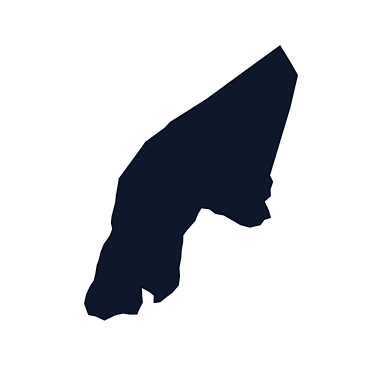 the district of Pirpirituba, Paraíba, Brazil, rotated 147°
{"feature_id": "56859067B65222656498348", "entity_name": "Pirpirituba", "entity_type": "district", "adm_level": 2, "iso_a3": "BRA", "parent_name": "Brazil", "parent_adm1": "Paraíba", "projection": "robinson", "projection_center": [-35.474, -6.788], "detail": "fine", "context": "isolated", "style": "filled", "palette": "ink", "viewbox_px": 384, "rotation_deg": 147, "n_neighbors": 0, "source": "geoboundaries", "source_scale": "gbopen_adm2", "svg_char_len": 1053}
<svg xmlns="http://www.w3.org/2000/svg" viewBox="0 0 384 384"><g transform="rotate(147 192 192)"><path d="M345.2,145.6L340.0,140.6L335.0,132.5L323.4,131.1L315.6,128.2L310.3,123.5L304.7,119.9L300.0,123.2L294.0,126.6L291.1,132.1L286.3,140.3L281.5,131.4L279.7,125.8L283.7,120.1L278.7,117.6L271.9,118.3L263.0,118.9L254.3,121.6L248.6,128.2L244.4,135.7L237.3,143.3L232.9,149.2L227.2,155.4L223.3,161.0L218.1,163.0L210.6,165.2L205.4,166.6L198.8,171.2L192.7,173.9L186.2,168.5L183.8,161.4L177.6,155.5L173.3,147.2L168.9,138.3L162.4,131.2L152.6,127.6L146.5,129.9L140.3,128.2L138.2,135.1L136.9,145.0L128.5,146.3L125.3,151.8L119.0,156.8L118.3,163.7L63.7,210.0L54.2,219.2L40.2,232.6L39.4,246.0L38.8,266.4L82.6,264.1L129.6,261.5L172.4,262.0L179.9,260.1L203.6,258.8L216.7,253.6L245.6,242.7L250.5,237.2L257.3,229.9L261.5,224.7L267.6,219.1L271.9,215.1L276.3,209.8L278.3,204.1L284.3,199.7L293.9,195.8L300.6,191.2L306.4,185.7L311.3,182.0L316.8,175.8L322.5,170.6L328.4,168.1L336.1,163.3L342.6,156.8L345.2,145.6Z" fill="#0f172a" stroke="#020617" stroke-width="1.5"/></g></svg>